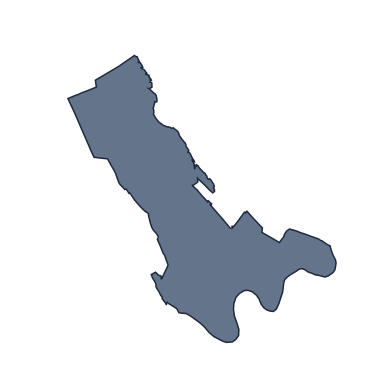 Tuglui, Dolj, Romania (Natural Earth projection), rotated 56°
{"feature_id": "2599482B43089269321770", "entity_name": "Tuglui", "entity_type": "district", "adm_level": 2, "iso_a3": "ROU", "parent_name": "Romania", "parent_adm1": "Dolj", "projection": "natural_earth1", "projection_center": [23.773, 44.207], "detail": "fine", "context": "isolated", "style": "filled", "palette": "slate", "viewbox_px": 384, "rotation_deg": 56, "n_neighbors": 0, "source": "geoboundaries", "source_scale": "gbopen_adm2", "svg_char_len": 5927}
<svg xmlns="http://www.w3.org/2000/svg" viewBox="0 0 384 384"><g transform="rotate(56 192 192)"><path d="M284.5,270.4L286.3,268.8L289.4,264.9L293.2,262.9L302.7,259.4L306.4,258.2L311.2,257.1L318.0,256.4L324.1,254.7L328.4,252.4L333.1,249.8L336.1,247.3L338.9,242.3L338.7,238.0L337.1,233.7L332.2,230.0L325.9,228.1L318.8,226.3L312.2,223.1L307.8,219.5L303.9,214.5L302.7,209.5L302.9,203.8L304.9,200.5L308.4,197.8L313.6,196.3L318.1,196.2L323.4,197.4L328.2,197.2L331.7,195.9L334.2,194.0L336.6,191.3L336.3,187.5L333.1,182.4L325.9,173.1L323.7,171.1L321.0,168.8L318.5,166.6L316.7,164.4L316.0,162.0L315.7,159.0L315.6,156.4L316.0,149.9L315.9,146.2L317.3,143.4L319.7,141.8L323.0,140.6L324.7,139.4L326.1,138.3L329.9,135.9L331.4,134.2L333.3,132.3L335.2,130.8L336.9,129.2L337.8,125.9L337.6,120.0L336.5,117.1L334.0,114.6L331.3,112.2L328.5,111.0L325.1,110.6L321.4,110.0L315.8,108.4L314.0,107.6L311.2,109.2L309.5,109.9L307.8,110.5L306.7,111.1L306.3,111.2L305.5,111.3L305.1,111.6L304.8,111.9L304.3,112.3L301.9,113.3L301.0,113.9L295.9,117.7L289.6,122.2L286.5,124.7L283.1,126.9L281.0,128.6L277.2,131.9L277.2,135.2L278.7,138.9L278.9,139.2L279.9,140.2L280.2,140.8L280.5,141.3L281.3,143.9L282.8,147.9L280.6,148.8L276.6,150.7L265.3,156.3L264.7,156.7L261.1,153.7L257.5,154.4L245.5,156.3L238.6,157.2L238.6,157.9L238.7,158.2L238.7,158.4L238.8,158.7L239.3,159.2L238.1,159.8L241.9,170.4L243.8,176.2L242.9,178.0L244.3,178.0L244.5,178.3L243.5,180.5L229.4,182.0L219.5,183.2L212.9,184.1L212.7,183.4L213.7,183.3L213.6,183.1L213.0,183.1L212.7,182.3L212.2,182.5L211.1,182.9L209.0,183.1L208.3,183.6L209.0,184.5L201.3,185.7L197.1,186.2L193.6,186.5L189.9,187.4L187.3,187.9L187.0,187.9L186.7,187.9L187.0,186.8L187.1,186.5L187.1,184.7L187.0,183.4L187.0,182.3L186.9,181.7L186.4,181.2L183.7,179.7L184.3,179.6L193.7,177.5L197.5,176.9L201.8,176.0L204.3,175.3L204.4,174.8L204.3,174.3L204.2,173.7L204.0,173.3L203.9,172.7L203.4,172.7L202.9,172.7L202.8,172.4L202.5,171.9L199.9,172.2L200.7,171.9L200.6,171.4L200.2,171.2L200.1,170.7L199.9,170.5L199.1,170.1L198.3,170.0L197.4,169.7L194.5,169.7L193.4,169.6L192.3,169.7L191.6,169.7L191.0,169.9L190.7,170.3L190.7,170.6L190.9,171.2L190.7,171.4L189.5,171.5L188.6,171.5L188.1,171.3L187.6,171.0L187.2,170.8L185.2,171.0L184.6,170.9L184.1,170.7L182.9,171.1L182.3,171.5L179.9,171.8L178.0,172.2L175.0,172.6L174.6,172.4L174.0,172.2L173.6,172.5L171.8,173.0L171.7,173.2L172.5,173.6L172.7,173.8L172.3,173.9L172.6,174.4L172.9,174.9L173.5,175.9L174.2,176.4L174.2,176.6L173.7,176.6L172.8,176.2L172.3,175.8L171.9,175.4L171.0,175.0L170.9,175.4L170.7,175.4L169.9,174.6L169.6,174.6L169.4,174.7L168.7,174.2L168.2,174.1L167.9,174.2L167.7,174.4L167.4,174.4L166.7,174.2L166.0,174.3L165.8,174.2L166.5,173.9L168.0,173.0L167.7,172.9L167.4,172.8L166.9,172.9L165.9,172.7L165.3,172.9L160.8,172.3L160.0,172.1L158.8,172.0L157.8,172.3L157.2,172.6L156.9,173.1L156.5,173.2L156.5,172.2L155.9,171.6L154.9,171.2L152.8,171.4L151.2,171.4L150.1,171.2L149.4,170.6L148.8,170.5L148.2,170.3L147.4,170.2L147.0,170.5L146.3,170.6L145.3,170.5L143.7,170.8L141.5,170.9L139.2,170.9L138.2,171.0L136.9,170.4L135.3,170.0L133.8,169.9L131.2,170.7L129.8,171.3L128.5,171.5L128.2,171.8L128.3,172.3L128.2,172.6L127.7,173.2L126.3,174.0L124.7,175.2L123.9,176.5L122.7,177.1L121.1,178.2L119.4,179.1L118.3,179.3L115.4,180.4L113.6,180.6L109.5,180.8L107.4,180.5L106.9,180.5L106.1,180.4L105.5,180.0L105.0,179.4L104.4,179.0L103.8,178.8L103.5,178.5L102.4,177.8L101.9,177.8L101.1,177.5L100.5,176.9L100.1,176.2L99.5,175.6L99.0,175.2L98.5,174.6L98.0,174.3L98.0,173.8L97.1,173.0L96.1,172.4L96.4,172.1L96.8,171.9L97.2,171.6L97.5,170.6L96.6,170.0L95.6,169.2L94.7,168.8L93.2,168.3L92.7,168.1L92.5,167.9L91.1,167.6L89.7,167.8L88.6,168.3L85.6,169.0L83.6,169.4L82.5,169.6L82.1,169.8L82.3,169.5L82.5,168.9L82.6,167.4L82.8,167.3L82.8,166.7L80.9,165.4L79.0,164.3L78.8,164.3L77.5,165.5L77.3,165.2L76.9,164.9L76.7,164.6L76.6,164.4L76.4,164.3L76.3,164.1L76.2,163.9L76.1,163.7L76.6,163.5L76.8,163.3L76.8,163.2L76.3,163.0L75.5,163.6L75.0,163.6L74.8,163.0L74.3,163.0L72.3,163.3L72.0,163.2L71.9,163.0L71.9,162.6L71.3,162.5L70.3,162.9L69.0,164.2L68.5,164.6L68.1,164.3L68.3,163.9L68.4,163.4L68.2,162.9L66.7,163.2L64.1,163.2L63.0,163.7L62.4,164.1L61.6,164.4L60.7,165.0L60.4,164.7L61.2,163.4L61.2,163.1L59.7,162.8L59.1,162.7L58.1,162.6L57.0,162.7L55.4,162.7L55.2,162.8L55.0,163.1L54.8,163.8L54.7,164.1L54.3,164.0L54.2,163.8L54.3,163.5L54.2,163.4L54.2,163.1L54.3,163.1L54.2,162.8L54.2,162.7L53.9,162.6L53.2,162.5L51.3,162.3L50.4,162.1L49.8,161.9L49.1,161.8L48.5,162.6L48.0,163.0L47.6,163.1L46.6,163.3L46.7,167.3L46.8,179.8L46.9,181.9L45.3,209.6L51.5,212.6L51.0,215.1L49.3,223.2L48.3,227.2L47.5,231.9L46.8,234.3L45.1,242.6L62.7,245.4L74.6,247.7L94.7,251.4L101.8,252.8L108.6,253.8L109.8,252.2L111.1,250.8L112.2,249.4L116.2,244.8L117.2,243.5L118.6,243.6L123.9,244.1L130.2,244.5L133.6,244.9L138.4,246.2L142.6,247.2L143.8,247.4L145.1,247.5L152.4,246.3L152.6,245.4L152.8,245.0L153.0,244.9L154.9,244.9L157.9,245.0L157.8,244.2L160.6,244.0L166.1,244.1L171.7,243.5L177.3,242.7L181.4,241.8L185.3,240.2L187.9,241.5L195.0,244.1L198.8,245.1L202.0,245.4L204.6,245.0L207.1,244.7L209.3,244.8L210.3,245.1L211.1,245.8L211.5,246.5L211.7,247.2L217.5,248.2L226.9,250.2L227.7,250.2L228.7,250.0L239.2,252.7L241.7,256.7L245.2,262.8L246.8,265.0L246.8,265.9L246.5,265.7L245.9,265.7L245.2,265.3L245.1,265.0L244.7,264.8L243.9,264.8L243.4,265.2L243.0,265.8L242.4,266.0L241.6,266.4L240.2,266.6L238.1,267.1L237.6,271.9L239.5,272.3L240.3,272.7L242.9,272.9L244.0,272.9L244.8,272.7L245.4,273.0L247.0,273.1L248.3,273.5L249.1,273.9L249.7,274.5L250.5,274.9L251.2,274.9L252.3,275.1L254.6,275.1L255.7,275.2L257.2,275.2L257.7,275.3L258.2,275.5L260.3,275.7L262.2,275.5L262.8,275.5L263.2,276.1L263.9,276.4L265.9,276.3L266.3,276.3L266.4,276.2L267.5,276.2L269.0,276.1L271.5,276.3L270.4,275.8L269.8,275.1L269.5,274.3L270.9,274.0L272.0,273.5L272.8,273.1L279.0,270.3L279.8,270.1L281.0,269.9L282.3,270.1L284.5,270.4Z" fill="#64748b" stroke="#1e293b" stroke-width="1.5"/></g></svg>